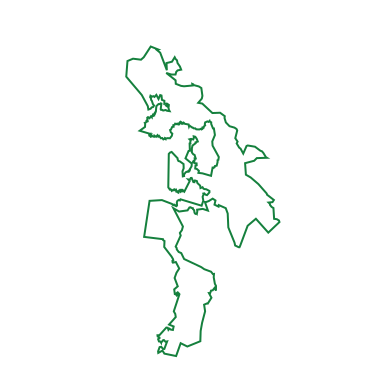 San Carlos Yautepec, Oaxaca, Mexico, rotated 162°
{"feature_id": "50627088B30375363427606", "entity_name": "San Carlos Yautepec", "entity_type": "district", "adm_level": 2, "iso_a3": "MEX", "parent_name": "Mexico", "parent_adm1": "Oaxaca", "projection": "equal_earth", "projection_center": [-95.927, 16.423], "detail": "fine", "context": "isolated", "style": "outline", "palette": "green", "viewbox_px": 384, "rotation_deg": 162, "n_neighbors": 0, "source": "geoboundaries", "source_scale": "gbopen_adm2", "svg_char_len": 6106}
<svg xmlns="http://www.w3.org/2000/svg" viewBox="0 0 384 384"><g transform="rotate(162 192 192)"><path d="M257.8,40.9L249.5,51.7L244.2,46.5L230.2,47.5L226.7,57.2L222.8,64.5L216.4,74.5L215.3,81.1L212.0,81.4L211.5,81.0L206.2,85.4L207.1,90.6L206.0,90.2L204.4,92.3L202.7,92.1L200.2,93.8L199.7,90.8L198.2,95.3L198.6,97.7L197.7,104.2L196.4,107.3L197.5,107.5L198.5,110.3L204.2,114.8L206.4,117.7L220.2,130.7L221.1,137.2L223.2,139.1L224.2,142.1L223.9,143.5L224.4,145.1L216.2,154.1L216.2,156.8L213.4,158.8L211.3,162.0L214.7,182.3L210.3,177.4L201.9,175.9L199.2,178.1L198.0,177.9L197.7,177.2L196.2,176.3L196.4,175.6L195.6,174.0L196.0,171.6L195.8,170.6L195.2,170.0L194.3,170.3L194.1,169.8L193.0,171.8L192.6,173.6L187.0,172.6L182.6,169.4L182.8,178.5L181.8,178.1L178.9,178.2L174.4,179.3L172.3,176.7L174.5,173.0L171.3,169.9L170.6,171.3L164.9,166.2L164.7,160.5L168.4,147.1L167.2,130.8L167.5,127.8L164.7,125.1L163.9,124.8L162.8,126.0L149.5,142.7L139.5,146.8L132.0,129.8L118.1,136.4L118.1,138.0L119.7,139.9L122.2,141.1L119.5,151.6L120.9,153.2L121.8,155.6L121.6,156.8L122.4,158.3L118.6,157.5L116.6,159.1L121.5,166.3L121.4,167.4L126.4,179.0L131.7,187.7L135.4,191.8L132.6,203.0L123.2,202.5L119.9,204.2L110.2,201.4L110.9,202.2L112.1,207.2L112.9,209.1L114.2,210.1L118.1,215.6L124.6,219.0L125.9,218.9L131.4,212.7L132.4,218.2L133.4,219.6L134.5,224.4L133.1,225.8L134.2,229.8L130.0,236.5L130.2,238.2L131.7,240.1L136.0,243.0L138.3,247.7L138.2,252.3L137.4,254.0L140.8,258.7L148.2,260.8L154.9,272.9L158.5,274.9L153.8,277.8L152.4,280.2L151.0,288.0L152.9,290.3L157.4,293.2L157.5,294.0L158.3,294.7L158.5,293.1L166.9,295.0L169.6,296.3L174.0,299.9L173.1,303.3L179.7,313.2L175.5,310.2L171.4,308.8L169.8,311.2L168.1,312.1L164.5,311.7L164.7,315.1L165.9,319.1L165.6,321.9L166.5,323.5L166.8,325.5L170.8,322.1L176.4,322.5L178.3,315.6L179.2,334.3L181.5,337.9L180.0,337.9L186.3,343.1L196.2,335.1L199.6,333.6L206.9,337.0L212.9,336.5L218.9,322.0L209.8,299.8L207.5,287.3L208.0,283.9L205.6,284.0L204.2,284.9L202.6,284.9L201.4,286.0L202.0,287.7L202.0,291.1L202.4,292.2L202.1,293.7L202.5,295.2L201.7,296.4L200.5,295.0L199.2,295.1L198.3,294.0L195.9,295.4L195.1,290.8L192.3,294.0L191.2,293.2L192.1,288.9L190.1,287.3L191.1,284.3L188.6,283.9L187.1,282.0L187.4,281.3L189.1,282.3L189.9,282.1L188.2,279.8L188.6,277.5L188.3,275.8L190.7,277.0L191.7,278.1L194.3,278.4L195.0,279.4L196.0,279.6L196.2,280.4L193.8,285.5L194.4,286.0L195.7,285.6L196.7,286.0L199.4,284.6L201.6,279.5L202.1,279.4L202.8,278.1L203.2,278.5L203.8,277.8L204.6,277.8L204.4,276.4L205.3,276.3L205.6,277.2L206.3,276.4L206.9,276.6L207.2,275.6L207.7,276.6L209.6,275.3L210.7,276.8L211.6,276.5L212.2,273.4L213.0,274.0L213.3,273.8L213.2,272.8L215.5,272.3L215.3,271.7L216.6,268.4L222.8,266.4L213.5,260.0L215.0,259.7L215.2,258.8L214.9,258.5L214.1,259.1L214.4,258.2L214.0,256.5L213.8,257.6L212.9,258.3L212.4,257.3L211.1,256.3L210.4,257.3L209.1,255.6L207.3,256.7L207.0,255.1L206.0,255.6L205.0,252.7L203.6,252.5L203.0,250.9L201.8,251.2L201.0,250.5L200.8,251.5L199.9,250.8L198.7,250.8L196.4,249.9L193.8,251.7L192.7,253.6L193.7,255.3L193.7,257.7L192.7,257.9L190.9,259.9L189.3,259.8L189.2,261.3L187.6,261.4L186.9,262.2L185.5,261.2L184.9,261.6L184.1,261.2L184.0,260.4L183.4,260.3L182.9,261.4L182.1,261.3L181.9,262.1L181.2,262.4L180.4,261.4L181.1,261.1L181.0,260.4L180.5,260.6L179.7,259.7L178.5,260.5L177.7,259.0L174.4,257.3L174.6,255.2L173.9,256.0L171.8,253.1L171.4,253.1L170.6,251.9L169.2,251.5L168.6,250.3L165.7,249.2L163.8,249.4L163.6,248.6L162.7,248.7L162.0,250.1L161.2,249.5L160.2,250.8L158.9,251.3L158.9,252.5L158.0,254.1L155.6,254.4L154.5,253.5L153.3,254.2L153.3,253.6L152.2,252.3L152.7,250.8L152.4,246.1L152.1,245.5L151.4,246.5L152.6,239.1L157.1,233.8L158.1,229.7L155.7,217.0L157.0,214.4L157.9,214.3L158.4,212.6L160.4,209.4L162.2,209.6L162.9,208.6L163.8,208.7L164.1,208.3L164.9,208.8L168.9,201.5L176.3,206.5L180.0,208.2L178.9,210.0L180.2,212.3L181.7,213.3L180.5,216.1L179.3,216.0L178.8,217.8L180.7,218.7L181.8,220.3L180.9,221.1L180.2,220.7L179.2,222.1L179.1,223.1L178.1,222.8L178.1,226.5L179.1,227.4L179.9,229.6L178.7,233.4L177.2,236.0L173.4,237.3L173.3,238.1L170.9,238.2L171.1,241.2L171.8,243.5L173.2,244.4L173.5,242.9L174.6,241.6L176.5,242.8L178.1,242.9L177.3,241.3L178.3,240.0L178.5,238.7L179.3,238.8L181.3,231.9L182.6,232.1L187.8,226.0L183.4,219.1L184.5,216.5L187.1,214.3L187.0,213.8L187.7,213.0L188.3,213.2L188.6,212.4L189.4,212.4L189.5,213.0L191.9,212.7L194.3,211.0L194.6,209.6L195.9,209.7L194.6,214.7L192.6,217.1L191.4,221.2L194.2,225.0L195.3,225.6L195.6,227.3L195.3,228.6L199.0,236.4L200.7,236.3L202.3,235.4L213.1,203.8L212.8,202.4L212.1,202.0L212.3,201.1L211.0,200.6L210.9,199.3L208.9,199.9L208.7,199.4L207.7,199.8L207.5,199.0L206.5,199.1L206.8,197.4L205.4,197.2L205.9,196.3L205.3,195.7L205.0,196.6L204.3,196.5L203.6,197.3L203.2,196.2L202.8,196.7L202.6,196.3L201.8,197.5L201.0,197.2L201.4,196.3L201.3,195.7L200.4,195.4L199.9,196.1L199.2,194.7L190.8,203.1L191.7,205.1L190.3,204.4L188.8,205.7L188.0,205.5L187.6,201.0L186.7,200.6L186.2,201.8L185.7,202.1L184.0,200.9L184.1,198.8L182.3,195.6L182.7,193.1L180.5,193.3L180.1,191.7L179.4,191.0L177.6,190.2L175.1,187.6L175.5,186.3L178.7,184.4L180.1,185.4L180.7,186.9L181.6,187.0L181.5,186.5L183.4,184.1L183.9,180.3L187.1,176.0L205.2,188.6L206.1,187.7L207.0,188.5L208.6,188.1L209.6,186.9L210.4,183.8L211.2,183.3L212.1,184.0L212.3,185.1L212.8,185.5L213.2,185.0L214.0,185.2L214.7,186.8L223.1,193.6L235.1,196.7L251.4,164.1L234.2,156.1L234.3,155.1L233.3,153.9L235.4,148.3L231.4,136.9L230.8,134.1L230.9,132.8L231.8,132.7L232.2,131.3L232.0,130.7L229.0,130.4L227.8,123.2L231.7,120.0L235.1,115.6L234.7,106.7L239.0,104.9L239.9,100.2L238.9,99.5L238.5,98.4L237.7,99.1L237.8,100.6L236.6,101.0L235.7,99.2L237.1,98.1L236.1,97.9L246.2,84.1L245.6,81.2L246.1,78.1L254.8,73.0L251.0,69.8L252.8,66.7L254.7,67.7L255.7,69.0L257.0,68.2L257.0,70.4L258.3,71.0L267.2,65.9L269.1,66.4L269.3,65.2L267.9,63.6L268.0,63.1L269.7,62.5L269.6,60.1L268.4,59.6L268.0,58.3L267.7,59.1L266.8,58.9L265.3,60.0L264.5,59.9L263.5,57.8L261.8,57.6L266.8,51.3L268.0,51.7L269.1,54.3L270.7,54.5L273.5,50.9L273.8,49.4L269.1,50.3L268.2,46.8L257.8,40.9Z" fill="none" stroke="#15803d" stroke-width="2"/></g></svg>